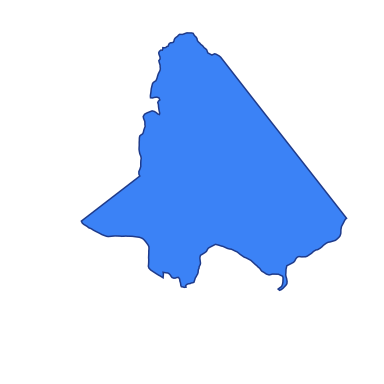 Jacundá, Pará, Brazil, rotated 322°
{"feature_id": "56859067B70193935758216", "entity_name": "Jacundá", "entity_type": "district", "adm_level": 2, "iso_a3": "BRA", "parent_name": "Brazil", "parent_adm1": "Pará", "projection": "robinson", "projection_center": [-49.237, -4.593], "detail": "fine", "context": "isolated", "style": "filled", "palette": "blue", "viewbox_px": 384, "rotation_deg": 322, "n_neighbors": 0, "source": "geoboundaries", "source_scale": "gbopen_adm2", "svg_char_len": 3741}
<svg xmlns="http://www.w3.org/2000/svg" viewBox="0 0 384 384"><g transform="rotate(322 192 192)"><path d="M86.9,146.8L86.4,149.0L86.8,151.0L87.4,152.5L88.2,154.6L88.6,156.6L90.0,158.9L90.8,161.3L92.0,164.0L92.9,165.8L93.7,167.5L94.8,170.1L96.0,172.1L97.4,174.3L98.5,175.5L100.2,176.6L101.8,177.6L104.4,179.3L106.3,180.9L107.4,181.8L108.4,182.7L109.3,183.6L111.5,185.2L112.8,186.0L113.8,187.0L115.7,188.5L117.7,190.2L122.6,195.2L123.6,196.7L124.4,198.2L124.8,200.2L124.9,202.8L124.8,206.4L124.4,208.5L123.1,210.3L121.6,211.9L120.7,213.1L117.3,217.1L116.3,218.6L114.6,220.7L113.2,222.3L111.9,223.6L111.2,225.4L111.4,228.0L112.0,229.8L112.6,231.6L113.8,235.1L114.6,237.2L115.2,238.5L116.4,241.8L119.1,238.9L119.8,237.5L122.0,239.9L123.0,240.8L123.6,242.2L123.8,244.0L123.6,245.6L123.6,247.1L124.6,248.7L125.9,249.6L127.3,250.0L128.7,250.9L128.7,252.8L127.5,255.0L127.0,256.5L125.7,258.7L125.3,260.1L126.3,261.1L127.2,262.4L128.7,263.3L129.4,261.8L131.4,261.7L132.8,262.2L134.1,263.0L135.6,263.3L136.8,264.0L138.0,264.3L141.8,261.7L143.1,261.3L144.3,260.7L145.9,260.1L147.2,259.2L149.1,257.2L150.7,256.3L151.6,255.3L153.9,254.2L154.9,253.3L157.3,249.2L158.2,248.2L159.7,247.1L161.8,247.4L164.8,247.7L166.8,247.7L169.0,246.7L170.3,246.3L172.0,246.5L178.3,247.7L180.3,250.3L181.9,252.7L182.9,253.9L185.2,258.3L186.4,259.9L187.8,261.3L188.6,262.9L189.7,265.2L190.6,266.8L191.1,268.6L191.5,270.7L193.0,275.5L194.1,277.2L195.5,280.3L196.3,282.1L197.3,288.4L197.7,289.8L197.8,291.4L198.4,294.0L198.2,296.0L198.3,297.5L199.1,299.4L200.1,302.5L201.7,304.8L203.3,305.6L204.7,306.1L206.1,307.2L207.3,308.2L209.5,310.0L211.5,314.1L211.0,315.6L208.3,318.8L207.1,319.9L206.1,320.7L204.4,321.6L202.1,321.5L200.1,321.5L200.5,323.4L202.3,323.9L204.4,323.9L208.6,323.3L210.3,322.7L211.8,321.1L213.3,318.4L214.1,316.3L214.9,314.9L216.1,313.6L217.3,312.2L218.5,310.8L221.3,308.5L226.3,309.5L228.8,309.9L230.5,309.6L232.9,308.5L234.5,308.2L235.9,308.4L237.0,309.1L238.3,310.5L241.7,313.0L243.2,313.5L245.7,313.7L248.6,313.9L250.3,313.7L251.9,313.7L254.0,314.0L255.5,314.8L258.3,315.2L260.7,315.2L262.7,314.9L266.3,315.0L268.3,315.4L270.1,316.4L273.4,317.7L275.3,318.4L277.7,318.4L280.2,318.1L281.4,317.8L282.9,316.9L283.9,316.1L286.1,313.4L288.6,311.2L292.9,309.3L294.5,308.5L296.2,307.9L297.6,307.9L297.5,187.7L297.5,147.5L297.6,103.5L297.2,101.5L295.8,98.2L294.9,97.0L292.0,96.3L290.1,92.1L291.1,89.0L290.9,87.4L290.4,85.8L290.4,83.2L289.8,81.1L289.8,79.7L289.4,77.7L289.5,75.9L290.4,74.1L290.6,72.5L290.3,71.0L290.3,69.3L290.6,67.7L289.5,66.3L285.8,63.4L284.4,62.9L282.8,62.4L281.6,62.0L279.2,60.1L277.8,60.1L276.5,60.4L274.9,60.3L273.2,60.4L272.0,60.9L270.8,61.9L269.6,62.5L268.3,62.1L267.0,61.2L265.5,61.0L264.3,61.5L263.0,62.4L261.7,61.9L260.3,62.0L259.1,61.4L257.9,60.3L257.1,61.3L255.9,62.0L254.8,61.0L252.8,61.1L251.4,61.9L250.7,63.3L249.9,65.9L248.8,67.5L246.7,68.1L246.0,69.6L244.9,72.5L243.9,73.8L243.0,75.3L241.7,76.5L240.0,77.3L238.1,78.2L236.6,79.2L234.3,80.9L232.1,82.1L230.1,81.9L228.8,81.9L227.6,82.3L224.9,84.4L223.3,85.7L221.8,87.3L220.5,88.6L219.5,89.5L218.3,90.7L217.3,92.2L218.8,93.6L220.6,94.3L222.7,95.6L223.9,97.4L223.3,99.7L221.5,99.7L220.1,100.4L219.3,102.5L218.1,104.2L216.4,107.2L215.1,110.0L214.0,110.9L213.1,109.5L212.7,107.4L211.9,105.3L210.5,103.5L208.5,102.9L205.1,101.9L202.5,101.5L200.0,102.5L199.1,104.3L198.3,107.2L197.4,108.6L196.3,110.0L195.6,111.4L194.4,112.1L192.1,113.6L190.3,115.1L188.8,115.8L186.9,115.6L185.3,115.7L183.8,117.0L182.1,119.1L181.1,120.2L179.1,122.8L177.6,124.5L176.6,125.7L175.7,127.2L174.5,129.5L174.1,130.8L173.7,132.3L172.7,134.2L171.2,135.6L169.7,137.3L168.6,138.7L167.4,140.3L165.4,141.7L162.7,143.2L161.2,145.2L160.7,147.3L86.9,146.8Z" fill="#3b82f6" stroke="#1e3a8a" stroke-width="1.5"/></g></svg>